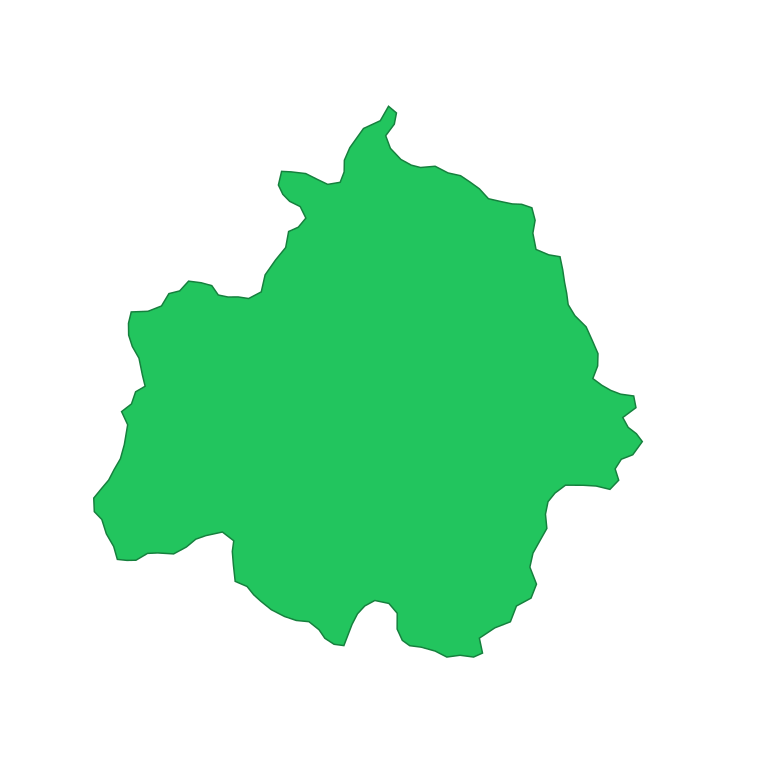 Senhora de Oliveira, Minas Gerais, Brazil (Natural Earth projection), rotated 201°
{"feature_id": "56859067B26008984255683", "entity_name": "Senhora de Oliveira", "entity_type": "district", "adm_level": 2, "iso_a3": "BRA", "parent_name": "Brazil", "parent_adm1": "Minas Gerais", "projection": "natural_earth1", "projection_center": [-43.346, -20.808], "detail": "fine", "context": "isolated", "style": "filled", "palette": "green", "viewbox_px": 768, "rotation_deg": 201, "n_neighbors": 0, "source": "geoboundaries", "source_scale": "gbopen_adm2", "svg_char_len": 2067}
<svg xmlns="http://www.w3.org/2000/svg" viewBox="0 0 768 768"><g transform="rotate(201 384 384)"><path d="M645.8,360.7L644.3,349.1L639.9,338.1L632.4,328.8L622.0,320.3L612.7,305.7L606.2,296.3L613.1,287.7L612.6,274.9L619.1,264.2L608.7,254.1L604.7,234.3L603.3,219.7L605.3,207.3L606.6,195.7L610.1,185.6L614.1,173.5L608.7,161.0L598.9,156.4L589.5,144.6L578.1,135.4L570.1,124.7L560.8,127.2L552.4,130.6L544.1,141.1L534.7,145.2L519.5,150.0L510.1,161.0L504.1,171.7L496.0,178.6L481.8,187.9L468.1,183.8L465.6,173.3L459.7,161.0L452.2,146.4L439.3,145.9L430.1,140.5L421.0,137.0L408.3,132.9L393.5,131.3L381.2,131.8L368.9,135.2L356.6,131.3L348.1,125.4L337.4,123.1L327.7,125.4L327.7,148.2L326.4,159.9L322.4,169.9L315.0,178.6L300.8,180.9L289.5,174.7L283.9,159.9L275.0,151.2L266.2,148.9L255.2,151.6L240.6,153.0L227.5,151.6L215.8,158.0L202.5,161.2L195.6,168.1L203.9,180.9L193.1,196.1L180.8,207.3L180.8,224.2L170.0,236.8L169.9,251.8L182.2,265.3L184.3,279.5L182.2,294.1L180.2,307.5L186.6,320.3L188.7,332.9L185.3,343.4L178.3,354.6L161.6,360.9L149.3,364.8L135.3,366.6L130.4,378.3L137.8,387.6L135.5,398.8L126.4,407.1L122.2,422.8L130.5,428.0L140.5,431.0L149.1,438.3L140.3,452.2L146.6,462.3L159.5,459.3L170.1,459.3L180.3,460.9L191.0,463.9L191.0,477.4L195.1,489.0L204.5,498.6L215.8,509.8L230.3,516.2L240.5,524.1L246.0,534.2L251.8,543.5L258.1,554.7L265.3,565.9L276.6,563.6L290.3,564.1L299.1,578.2L301.6,591.0L309.1,601.5L319.9,601.1L328.7,598.1L339.7,596.3L352.9,594.4L364.9,600.4L376.2,603.4L387.2,605.9L399.9,604.0L414.3,605.6L427.5,599.2L437.0,598.1L448.7,599.7L462.5,606.3L471.4,616.4L467.5,630.3L469.5,641.5L479.3,644.9L481.8,628.5L494.7,615.2L500.6,592.4L501.2,578.7L497.2,567.7L497.2,556.6L508.1,550.2L519.3,551.1L532.5,552.4L546.6,548.8L555.8,545.8L553.9,531.9L546.4,524.8L537.5,520.7L525.8,519.6L516.4,510.9L520.2,499.7L527.7,492.2L524.7,476.2L529.7,460.9L534.1,443.3L531.6,426.0L541.0,415.3L551.4,413.0L560.8,409.3L570.6,407.7L580.0,414.1L591.0,413.0L603.3,410.0L608.1,397.7L617.2,391.3L619.7,377.1L630.4,367.3L645.8,360.7Z" fill="#22c55e" stroke="#15803d" stroke-width="1.5"/></g></svg>